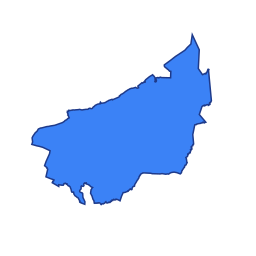 "Nordre Land" nor, Oppland, Norway (Albers equal-area conic projection), rotated 70°
{"feature_id": "86288312B61487149869578", "entity_name": "\"Nordre Land\" nor", "entity_type": "district", "adm_level": 2, "iso_a3": "NOR", "parent_name": "Norway", "parent_adm1": "Oppland", "projection": "albers", "projection_center": [10.023, 60.946], "detail": "fine", "context": "isolated", "style": "filled", "palette": "blue", "viewbox_px": 256, "rotation_deg": 70, "n_neighbors": 0, "source": "geoboundaries", "source_scale": "gbopen_adm2", "svg_char_len": 5731}
<svg xmlns="http://www.w3.org/2000/svg" viewBox="0 0 256 256"><g transform="rotate(70 128 128)"><path d="M189.0,94.4L188.7,94.2L188.6,93.6L188.3,93.1L186.5,91.9L186.4,91.5L186.0,91.2L185.6,90.5L184.6,89.3L184.4,88.6L184.0,88.5L183.8,88.0L183.2,87.8L182.5,87.1L182.6,86.7L182.5,86.0L181.6,85.3L181.0,84.5L180.7,84.7L180.4,84.2L179.6,84.3L177.7,83.8L177.2,83.9L176.7,83.6L175.5,83.7L175.1,81.9L173.8,80.9L173.6,81.0L172.9,80.7L173.2,80.0L172.7,79.4L172.6,78.9L172.3,78.9L172.1,78.7L172.1,78.4L172.1,78.0L172.2,77.9L171.8,77.8L171.6,77.4L170.6,76.8L170.2,76.5L170.3,76.3L170.0,75.8L169.8,76.0L169.8,75.6L169.4,75.7L169.3,75.2L168.9,75.1L168.7,74.8L168.2,75.1L167.8,74.9L167.4,75.1L167.1,74.7L167.1,74.3L166.9,74.1L166.9,73.9L166.5,73.3L166.6,73.1L165.9,72.8L165.9,72.4L165.6,72.3L165.5,71.8L156.4,69.4L147.9,64.2L147.8,63.7L148.2,63.0L148.0,62.2L147.8,61.7L148.0,61.2L147.9,61.0L148.5,58.0L148.3,57.6L148.5,56.9L148.4,56.6L148.6,56.2L148.1,55.5L148.2,55.3L148.7,55.3L148.7,54.9L149.3,54.6L149.1,53.9L149.2,53.6L149.2,52.9L139.7,56.4L133.1,51.1L132.7,49.7L132.9,49.4L132.7,49.4L132.7,49.0L132.9,48.8L133.0,48.9L133.0,49.3L133.1,49.5L133.1,48.7L133.4,48.1L133.3,47.8L133.0,48.2L132.8,48.1L133.2,47.1L133.2,46.6L133.0,45.9L133.2,45.3L133.6,44.9L133.6,43.8L133.8,43.9L133.9,44.5L133.7,44.8L134.2,44.8L134.0,43.6L133.5,43.1L133.9,43.5L133.9,43.1L133.7,42.8L132.8,43.0L132.4,42.9L132.1,42.4L132.1,42.1L132.3,42.4L132.5,42.4L132.4,42.0L131.5,41.1L131.6,40.9L131.0,40.6L130.9,40.3L101.7,32.7L100.7,32.0L100.2,32.5L100.2,32.8L102.5,34.6L102.5,34.9L102.6,35.2L102.7,35.4L103.7,36.1L103.8,36.4L103.1,36.9L103.1,37.2L103.3,37.9L103.2,38.2L103.2,39.1L103.4,39.3L103.3,39.8L96.2,41.6L78.9,34.3L62.3,35.7L70.6,40.2L72.6,44.7L74.4,48.0L77.0,58.9L79.1,65.4L81.1,72.3L82.2,72.7L83.3,72.5L84.8,71.6L85.1,71.2L86.0,71.0L86.8,70.3L88.8,69.5L89.4,68.4L95.4,70.8L92.1,79.2L91.3,80.2L91.4,80.9L91.2,81.5L91.4,81.8L91.3,82.2L90.7,82.9L90.7,83.7L90.6,84.0L90.5,84.5L91.0,84.9L91.8,85.1L92.7,84.9L93.1,85.2L93.5,85.2L94.0,85.6L94.1,86.1L94.1,86.5L93.6,86.9L93.1,86.4L90.0,85.4L87.8,86.0L87.4,86.4L86.4,86.6L87.1,90.3L88.7,94.9L89.6,96.2L89.8,95.9L90.7,96.1L90.6,97.0L90.1,97.0L90.8,98.9L90.2,99.4L92.0,104.4L93.8,104.3L93.8,105.6L93.3,106.3L92.4,106.9L92.3,109.8L91.9,110.9L91.8,112.8L92.0,113.4L92.2,115.3L92.7,116.9L92.7,117.6L93.4,119.4L93.9,121.2L94.1,123.2L94.6,124.0L94.8,125.0L95.3,125.0L95.8,126.1L96.2,132.9L95.7,132.9L95.6,132.6L95.5,136.8L95.7,137.2L95.8,138.6L96.3,140.6L96.2,140.8L96.3,141.2L96.2,141.9L95.7,144.5L94.3,145.1L94.9,145.6L95.0,145.4L95.7,145.7L95.2,148.4L95.5,151.1L96.3,152.6L96.2,152.9L96.5,153.7L97.3,154.7L97.4,155.4L97.1,156.2L96.5,156.8L96.3,157.5L96.4,157.8L96.3,158.3L96.6,158.9L96.7,159.4L96.0,161.4L95.9,162.2L95.6,163.2L95.5,164.3L95.2,165.3L93.9,167.2L93.8,168.2L92.9,171.5L92.8,172.2L92.5,172.7L92.1,173.9L92.2,174.4L92.0,174.6L91.9,175.9L91.1,177.7L92.2,178.2L91.7,178.8L91.5,179.2L92.6,179.8L94.5,179.5L95.2,180.2L95.9,179.8L96.7,179.9L98.3,179.8L98.5,180.3L98.4,180.9L98.6,181.6L99.2,182.7L99.4,184.5L100.0,185.6L100.5,187.8L100.4,195.8L99.5,200.6L99.4,201.8L98.9,203.7L98.4,209.1L98.1,210.3L98.2,211.5L98.3,212.6L100.0,214.7L100.7,216.7L103.2,220.2L104.5,221.5L108.5,222.4L110.5,224.0L113.7,219.6L114.7,217.9L117.0,214.7L122.7,209.0L125.3,210.5L131.4,216.4L134.9,219.3L137.6,217.7L138.2,218.0L139.2,217.5L145.8,221.8L149.0,218.3L151.4,215.3L152.1,215.7L152.4,216.4L152.3,216.8L152.4,217.0L153.2,217.2L153.2,217.6L153.5,217.9L159.2,213.1L157.6,212.5L159.2,209.6L159.6,208.3L158.8,207.4L158.6,207.5L158.3,207.0L158.5,206.5L158.4,206.1L158.4,205.8L158.9,205.4L159.6,204.5L159.9,204.9L160.1,204.6L162.1,203.8L162.3,203.2L163.2,202.6L166.4,202.5L168.0,202.8L169.2,202.6L169.6,201.1L171.6,201.4L173.5,201.0L174.7,200.1L175.9,199.5L176.4,198.9L177.0,198.7L179.1,198.5L179.7,198.2L180.4,198.2L180.7,198.7L181.2,198.7L181.7,198.3L182.1,197.9L182.0,197.7L182.6,197.4L184.9,194.7L182.6,193.7L177.8,194.1L174.1,193.0L173.4,193.2L172.0,194.8L171.2,195.1L170.6,195.0L170.1,194.6L169.3,193.1L169.1,192.9L166.8,192.0L166.5,191.6L166.6,191.4L167.5,190.2L167.3,189.4L166.9,189.0L165.6,188.9L165.3,188.6L164.8,187.7L165.5,187.2L165.1,186.5L165.3,186.0L166.0,186.3L166.4,186.2L167.5,184.7L168.2,184.3L168.5,183.8L169.9,183.3L170.8,182.7L171.7,181.7L171.8,182.0L173.0,183.2L173.3,183.8L176.5,185.5L179.7,185.1L183.0,185.3L184.6,184.9L187.1,185.4L187.3,185.1L187.1,184.7L187.7,184.0L187.7,183.6L188.0,183.0L187.9,182.7L188.1,182.5L188.0,182.2L188.4,181.6L188.2,181.3L188.3,180.8L188.7,180.2L190.8,179.4L190.8,179.2L190.5,178.9L190.3,178.3L190.5,178.1L190.5,177.6L190.9,177.1L190.9,176.9L190.6,176.5L190.7,175.8L190.4,175.2L190.1,175.0L189.7,174.0L190.9,173.8L191.3,173.4L191.5,172.5L191.3,172.1L191.4,171.6L191.2,171.2L191.6,171.0L191.8,170.3L191.0,169.5L191.3,169.3L191.3,168.8L191.0,168.5L191.0,168.3L190.8,168.2L190.8,167.3L190.5,167.3L190.8,166.9L190.4,166.6L190.1,166.0L190.2,165.7L190.5,165.7L191.1,165.1L191.1,164.5L191.3,164.1L191.1,163.7L190.8,163.6L191.0,163.1L192.3,161.6L193.7,160.4L189.9,157.4L187.0,154.6L187.3,153.9L187.5,152.5L187.4,151.0L187.5,149.6L186.9,149.4L187.0,148.9L186.9,148.7L186.9,148.4L186.5,147.9L186.5,147.5L186.3,147.3L186.4,147.2L186.1,146.8L186.1,146.5L187.0,146.0L187.2,145.7L187.1,145.3L185.8,144.6L184.9,143.5L184.7,142.6L184.9,142.3L184.9,141.8L183.5,141.1L181.2,138.2L180.5,137.5L180.1,136.9L180.0,136.5L179.1,135.6L178.7,134.9L177.7,134.4L177.5,133.8L176.6,133.3L176.4,133.0L176.5,132.7L176.4,132.4L175.5,131.4L175.5,130.5L175.3,129.5L175.5,129.2L175.5,128.8L175.8,128.0L178.3,122.1L179.2,120.9L182.1,113.6L182.5,111.6L184.3,108.4L184.7,106.4L185.1,105.9L185.2,105.5L184.7,103.7L184.7,102.3L185.2,99.8L186.7,97.3L189.0,94.6L189.0,94.4Z" fill="#3b82f6" stroke="#1e3a8a" stroke-width="1.5"/></g></svg>